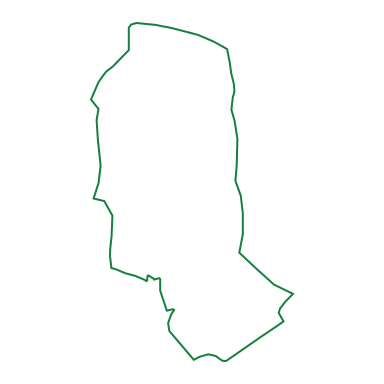 As Salam - WK, South Kordufan, Sudan (Mercator projection)
{"feature_id": "16777658B70273794752269", "entity_name": "As Salam - WK", "entity_type": "district", "adm_level": 2, "iso_a3": "SDN", "parent_name": "Sudan", "parent_adm1": "South Kordufan", "projection": "mercator", "projection_center": [28.195, 11.292], "detail": "fine", "context": "isolated", "style": "outline", "palette": "green", "viewbox_px": 384, "rotation_deg": 0, "n_neighbors": 0, "source": "geoboundaries", "source_scale": "gbopen_adm2", "svg_char_len": 1081}
<svg xmlns="http://www.w3.org/2000/svg" viewBox="0 0 384 384"><path d="M111.4,268.0L116.4,269.5L125.5,273.3L135.4,275.9L145.3,280.2L146.3,281.1L147.1,280.6L147.3,277.6L147.6,275.9L148.2,275.4L153.3,278.4L154.1,279.6L159.1,278.2L160.2,279.1L160.2,290.8L166.8,310.6L173.1,309.2L174.1,310.1L171.3,314.2L170.3,316.9L168.1,323.2L169.4,331.1L193.8,359.8L199.8,356.7L208.3,354.3L215.7,356.0L222.4,360.8L226.1,361.0L260.4,337.2L277.3,325.8L283.5,321.4L278.7,312.9L280.1,308.4L285.1,301.9L293.0,293.9L274.1,284.7L253.2,265.8L239.3,252.7L242.8,234.3L242.8,213.1L240.8,195.8L235.4,180.8L236.7,165.5L237.4,138.8L234.5,120.6L231.4,109.7L232.8,97.3L234.4,91.9L233.9,84.2L231.2,73.2L229.6,61.5L228.5,56.2L227.1,49.1L213.7,41.6L197.9,34.9L175.9,29.1L168.7,27.4L161.5,26.1L155.7,24.9L136.3,23.0L131.1,24.6L128.8,27.6L128.8,50.1L112.7,66.6L106.1,71.7L101.8,77.3L98.4,82.4L91.0,99.5L95.5,105.2L98.5,108.9L96.6,120.1L97.9,140.0L100.6,165.4L98.6,182.8L93.6,198.5L104.3,201.1L112.4,215.6L111.6,235.8L110.2,249.1L110.0,256.1L110.4,259.4L111.4,268.0Z" fill="none" stroke="#15803d" stroke-width="2"/></svg>